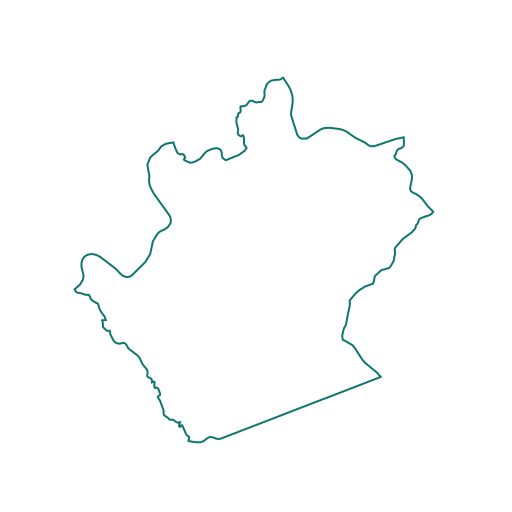 outline of Uíge, rotated 160°
{"feature_id": "AGO-1881", "entity_name": "Uíge", "entity_type": "Province", "adm_level": 1, "iso_a3": "AGO", "parent_name": "Angola", "parent_adm1": "", "projection": "robinson", "projection_center": [15.52, -7.131], "detail": "fine", "context": "isolated", "style": "outline", "palette": "teal", "viewbox_px": 512, "rotation_deg": 160, "n_neighbors": 0, "source": "natural_earth", "source_scale": "10m", "svg_char_len": 5087}
<svg xmlns="http://www.w3.org/2000/svg" viewBox="0 0 512 512"><g transform="rotate(160 256 256)"><path d="M351.7,96.4L354.5,97.1L356.4,98.4L358.1,100.0L360.5,101.4L362.3,101.7L364.0,101.4L367.5,100.3L369.7,99.9L371.7,100.0L373.6,100.5L377.8,102.4L378.6,102.9L382.7,105.2L382.3,106.3L380.8,108.2L380.8,109.0L381.9,110.6L382.4,111.9L382.7,113.1L383.1,120.9L383.4,122.3L384.1,122.3L385.1,121.7L386.1,121.5L386.5,122.8L384.2,125.8L386.4,126.1L387.7,127.2L389.6,130.1L390.9,130.9L392.3,131.4L393.5,132.2L394.0,133.9L395.9,136.4L396.9,138.2L396.7,139.9L395.9,141.5L395.6,143.5L395.7,152.7L395.8,153.8L396.2,154.9L396.4,156.1L396.3,157.4L395.6,157.8L394.6,157.9L393.7,158.3L393.2,159.6L393.2,164.4L393.4,164.9L394.0,166.0L394.7,166.5L395.4,166.3L396.0,166.5L396.3,168.1L395.6,169.8L394.6,171.5L394.6,172.7L397.0,172.8L396.3,174.7L396.3,176.1L397.0,177.2L398.2,178.4L399.2,179.8L399.1,181.0L397.7,183.6L397.3,185.8L397.7,187.8L399.3,192.0L399.8,194.2L400.1,198.9L400.6,201.1L401.4,203.1L407.5,212.7L407.9,214.6L408.1,216.4L408.5,218.1L409.8,219.4L411.0,219.9L413.7,220.2L414.9,220.5L417.6,222.6L418.9,225.7L419.7,232.8L419.5,233.3L419.1,234.5L419.1,235.7L420.1,236.2L421.3,236.5L422.0,237.3L422.4,238.3L423.0,239.2L424.0,241.4L423.5,243.4L422.8,245.5L422.6,248.2L419.1,247.2L418.9,250.3L421.1,258.5L420.9,265.1L421.5,266.2L422.6,267.0L423.9,268.6L425.7,271.4L426.0,273.4L426.0,275.3L426.5,276.8L429.4,277.8L433.1,280.8L436.0,282.4L437.2,283.6L437.7,285.5L437.7,286.9L437.4,286.9L431.4,289.2L427.2,292.5L426.0,294.1L424.8,296.4L424.4,298.8L424.0,303.4L423.5,306.1L422.0,309.8L419.8,312.5L417.4,314.0L414.8,314.7L412.3,314.6L409.9,314.1L407.5,312.9L405.1,311.0L402.8,308.6L392.0,291.7L389.5,285.7L388.0,283.1L385.9,281.1L383.6,280.1L381.7,279.8L379.4,280.2L362.3,288.1L354.9,293.8L347.9,305.0L341.0,310.6L338.0,311.8L332.2,312.4L328.8,313.4L325.1,316.0L323.7,319.0L323.2,322.1L323.8,325.1L330.6,349.1L331.6,355.4L331.7,358.3L331.4,361.0L330.8,363.2L328.8,367.8L326.9,378.9L322.2,384.2L320.3,385.4L311.8,388.5L307.9,391.2L304.6,392.0L301.8,392.2L294.8,391.0L295.0,385.6L294.5,379.5L292.4,377.3L290.1,376.9L288.9,374.9L289.0,372.7L290.7,371.5L290.8,371.2L290.4,370.6L288.8,368.7L286.1,366.3L285.6,366.0L283.3,365.6L280.6,365.6L275.6,366.4L273.2,367.6L268.7,370.4L266.2,371.3L263.1,371.6L259.1,371.5L255.4,370.5L253.1,368.2L252.8,365.0L253.7,362.2L253.8,359.4L251.6,356.3L249.7,356.4L237.7,356.8L230.5,358.8L227.9,360.8L228.9,364.7L228.7,366.4L228.4,367.0L227.5,369.2L226.8,372.0L226.8,373.3L227.0,374.0L227.6,374.0L228.6,373.6L229.1,373.5L229.7,374.0L230.3,374.7L231.1,376.2L231.2,377.1L231.2,377.9L230.6,379.0L229.8,380.1L229.2,383.0L228.9,387.2L228.5,388.9L228.1,390.0L227.7,390.6L227.2,392.3L226.9,392.9L226.4,393.1L225.9,393.1L225.4,393.2L225.2,393.3L224.5,394.7L224.3,395.5L224.0,395.9L223.4,396.1L222.4,396.1L221.7,396.4L221.0,397.3L220.6,398.0L220.4,398.7L219.9,400.9L219.6,401.4L219.2,401.8L218.4,401.7L217.1,401.2L216.5,401.0L214.5,400.9L213.5,401.1L212.5,401.6L210.0,403.3L209.2,403.7L208.4,403.7L207.2,403.5L206.5,403.2L205.9,402.8L205.5,402.4L205.2,401.9L204.9,401.4L204.4,401.0L203.5,400.4L202.4,399.9L201.7,399.8L200.9,399.9L200.2,399.7L199.2,399.1L198.7,399.0L198.0,399.0L197.2,399.3L196.3,400.0L194.7,401.5L193.8,402.6L193.1,403.7L191.9,407.6L191.3,408.8L189.8,410.4L188.0,412.6L187.8,413.0L187.0,413.7L186.5,414.0L183.6,415.2L181.8,415.6L180.4,415.4L176.9,414.7L174.2,413.8L172.7,413.6L169.6,414.3L167.1,403.7L166.7,399.1L167.1,393.8L168.1,390.3L169.4,387.0L174.1,378.6L174.9,375.8L175.8,355.4L174.7,352.6L173.1,350.7L167.9,349.0L152.3,352.8L148.7,352.9L146.1,352.3L142.8,351.2L134.2,346.8L131.1,344.6L128.5,342.0L122.1,333.0L114.3,324.7L112.8,322.0L110.5,319.8L106.9,318.7L84.6,318.2L76.6,317.0L78.7,310.5L79.8,308.7L82.2,307.8L82.8,307.7L85.1,307.8L86.4,307.4L87.2,307.0L87.7,306.6L89.5,304.4L90.2,303.4L91.5,303.0L91.9,302.0L91.9,301.5L91.8,300.1L90.6,298.1L86.7,293.8L84.9,290.9L81.8,283.2L81.8,278.9L82.9,275.5L88.2,266.7L88.3,264.0L86.8,261.8L84.7,259.8L82.4,256.9L80.4,253.2L77.5,243.9L74.3,237.0L76.4,235.7L79.3,235.1L80.3,235.0L80.9,235.0L82.0,235.2L87.9,235.2L89.3,234.9L90.2,234.6L91.4,233.3L92.0,232.3L92.5,231.8L93.1,231.2L94.8,230.3L95.3,229.9L96.1,228.4L96.4,228.0L97.9,226.9L101.6,224.9L106.2,223.6L112.3,221.8L122.1,216.3L123.1,215.4L124.3,211.4L124.7,210.3L125.1,209.6L126.1,208.3L126.4,207.8L126.7,207.1L127.4,205.8L128.6,204.0L133.1,200.3L134.1,199.6L134.7,199.4L135.3,199.3L135.9,199.2L137.1,199.5L137.8,199.5L139.1,199.4L139.7,199.4L141.7,199.8L142.4,199.8L143.3,199.8L150.4,196.8L151.0,196.4L151.5,196.0L153.8,192.1L155.4,190.0L164.0,190.0L170.5,188.6L174.9,186.9L181.8,183.0L183.4,181.7L184.0,179.5L185.2,176.7L189.6,169.8L189.9,169.3L194.7,161.0L195.2,160.4L197.8,158.2L198.4,157.6L202.4,151.4L203.1,147.5L201.0,145.4L195.7,139.0L194.4,134.9L191.7,122.8L190.2,118.6L182.2,105.0L180.2,99.7L184.3,99.6L194.4,99.4L204.4,99.2L214.5,99.0L224.6,98.8L234.6,98.6L244.6,98.5L254.7,98.3L264.8,98.1L274.8,97.9L284.9,97.7L294.9,97.5L305.0,97.3L315.0,97.1L325.1,96.9L328.0,96.9L335.1,96.7L345.2,96.6L351.7,96.4Z" fill="none" stroke="#0f766e" stroke-width="2"/></g></svg>